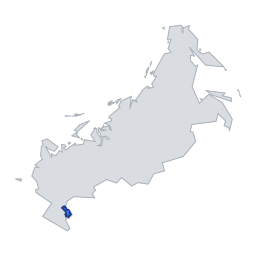 Astrakhan' highlighted on a map of Russia
{"feature_id": "RUS-2388", "entity_name": "Astrakhan'", "entity_type": "Region", "adm_level": 1, "iso_a3": "RUS", "parent_name": "Russia", "parent_adm1": "", "projection": "albers", "projection_center": [47.293, 47.158], "detail": "fine", "context": "in_parent", "style": "filled", "palette": "blue", "viewbox_px": 256, "rotation_deg": 0, "n_neighbors": 0, "source": "natural_earth", "source_scale": "10m", "svg_char_len": 5981}
<svg xmlns="http://www.w3.org/2000/svg" viewBox="0 0 256 256"><path d="M232.3,119.2L229.5,130.2L228.6,127.5L224.1,125.8L225.6,121.0L218.1,113.5L216.0,121.4L192.0,124.5L190.1,131.5L192.9,132.1L195.7,141.5L183.2,156.5L162.3,162.9L164.5,170.9L153.9,173.8L148.1,184.1L137.8,182.6L131.8,186.1L121.5,177.7L116.5,183.0L106.6,179.6L93.3,187.1L95.6,190.0L92.2,194.1L94.7,197.8L73.8,196.7L67.1,201.3L65.4,207.6L71.2,214.4L65.5,220.0L69.9,228.8L67.3,230.8L42.6,216.5L51.7,203.1L36.0,192.6L35.6,189.5L38.7,188.8L36.7,181.4L31.8,176.1L34.8,167.3L38.4,167.5L34.9,164.9L42.4,159.0L40.6,156.1L41.4,146.6L43.2,144.7L41.9,140.8L47.1,138.9L58.1,146.9L54.4,151.3L48.7,149.1L46.8,147.2L45.5,146.7L51.8,157.8L51.5,153.7L55.6,155.9L59.6,150.5L62.2,152.1L61.5,144.3L64.9,145.0L66.0,146.8L63.5,148.0L65.7,149.9L75.4,143.2L74.9,145.3L83.5,144.1L84.4,139.6L95.1,141.5L90.8,134.8L95.2,128.5L96.8,128.6L96.8,132.0L101.5,139.1L100.5,144.9L97.0,145.7L101.6,145.9L103.1,137.4L104.6,136.5L106.8,139.3L109.2,138.9L106.2,136.1L101.1,137.1L100.5,133.3L98.2,131.6L99.0,127.5L101.5,130.9L104.8,130.5L105.6,130.2L101.2,129.2L103.5,126.9L109.4,126.1L109.6,129.4L111.3,130.1L109.9,126.0L104.6,123.1L111.5,120.9L111.6,118.9L108.8,118.0L109.4,116.3L120.1,107.3L118.5,106.6L121.0,101.0L131.3,96.3L129.8,108.8L131.9,102.4L134.3,100.2L136.4,102.0L136.9,102.1L137.2,101.8L135.7,99.9L142.8,89.9L147.0,86.2L149.4,87.3L147.7,88.5L153.6,87.2L151.7,83.9L156.6,76.2L154.1,76.3L153.5,73.9L164.1,54.1L171.1,52.2L168.1,48.8L171.0,39.2L167.4,39.3L169.7,26.7L181.0,25.2L182.7,27.2L181.5,29.8L182.9,33.2L183.4,27.6L189.5,25.6L188.4,29.0L197.6,39.4L197.0,50.4L202.8,54.0L208.9,52.1L224.0,66.9L205.6,65.1L189.5,47.2L194.5,56.1L190.6,55.4L190.5,60.6L195.3,66.1L197.6,65.1L192.1,86.8L199.4,103.2L208.7,94.4L222.3,102.5L232.3,119.2ZM89.7,120.6L77.8,131.3L74.3,130.5L79.5,124.8L89.7,120.6ZM206.3,90.6L225.1,93.1L222.3,95.7L231.2,97.8L231.4,101.4L211.9,95.0L206.3,90.6ZM71.9,135.8L77.6,131.6L76.6,135.0L79.8,137.9L71.9,135.8ZM146.2,75.7L146.4,70.3L149.1,66.8L146.2,75.7ZM110.9,103.0L116.2,101.7L110.0,105.0L110.9,103.0ZM108.7,102.5L112.6,100.4L107.8,104.5L108.7,102.5ZM117.0,100.1L120.8,98.7L116.8,103.6L117.0,100.1ZM150.2,66.2L150.4,63.6L151.7,61.2L150.2,66.2ZM15.4,178.9L21.3,178.9L20.9,181.2L15.4,178.9ZM68.5,116.1L71.1,115.7L66.2,116.5L68.5,116.1ZM151.3,72.7L153.8,70.6L151.7,74.6L151.3,72.7ZM70.7,142.9L69.0,144.3L68.1,143.4L69.0,142.1L70.7,142.9ZM73.3,115.3L75.6,114.8L76.8,115.0L73.3,115.3ZM81.1,114.2L80.2,115.1L78.4,115.1L78.8,114.6L81.1,114.2ZM83.4,113.8L81.5,114.1L84.2,113.4L83.4,113.8ZM81.7,138.4L82.9,140.3L81.1,139.0L81.7,138.4ZM110.2,103.9L109.0,105.2L107.8,105.3L110.2,103.9ZM74.6,114.3L77.5,113.8L76.5,114.4L74.6,114.3ZM164.2,27.4L164.1,29.1L162.7,27.6L164.2,27.4ZM66.3,115.7L68.1,115.9L64.5,115.9L66.3,115.7ZM95.1,127.8L93.2,128.7L95.1,127.7L95.1,127.8ZM132.4,100.0L133.8,100.1L132.3,100.8L132.4,100.0ZM168.1,40.7L168.6,42.1L168.1,42.8L168.1,40.7ZM77.6,115.7L76.3,115.6L78.5,115.5L77.6,115.7ZM77.1,114.4L78.0,114.7L76.3,114.6L77.1,114.4ZM237.2,89.5L238.3,90.4L239.6,92.6L237.2,89.5ZM75.3,115.9L76.3,116.3L75.1,116.4L75.3,115.9ZM103.3,126.7L102.1,127.8L101.8,127.8L103.3,126.7ZM200.7,49.2L200.1,50.6L199.6,49.2L200.7,49.2ZM150.3,72.5L150.9,73.4L150.2,73.5L150.3,72.5ZM200.3,98.7L201.9,99.2L201.2,99.9L200.3,98.7ZM224.4,68.3L226.4,70.1L225.6,70.4L224.4,68.3ZM73.2,116.3L72.0,116.5L71.6,116.4L73.2,116.3ZM103.5,124.9L103.6,125.8L103.2,125.7L103.5,124.9ZM145.3,76.2L145.4,77.1L144.5,76.4L145.3,76.2ZM240.2,96.3L239.3,93.3L240.6,96.5L240.2,96.3Z" fill="#d9dde1" stroke="#a8b0b8" stroke-width="1"/><path d="M65.4,206.7L65.0,207.6L66.1,208.0L66.3,208.0L66.3,208.3L66.4,208.5L66.5,208.6L66.5,208.8L66.3,208.9L66.3,209.0L66.5,209.3L66.4,209.5L66.5,209.6L66.9,209.9L67.0,209.9L67.0,209.7L67.0,209.4L67.6,209.7L68.4,209.6L68.6,209.7L68.7,209.8L69.1,210.5L69.3,210.7L69.4,210.8L69.5,210.8L69.9,211.8L70.6,212.8L70.5,213.0L70.4,213.1L70.1,213.1L69.9,213.0L69.9,212.9L69.7,212.9L69.5,213.0L69.4,213.1L69.5,213.2L69.5,213.3L69.6,213.5L69.8,213.5L70.0,213.6L70.2,213.8L70.4,213.8L70.5,213.9L70.7,214.0L71.1,214.3L71.3,214.4L71.3,214.5L71.2,214.5L71.0,214.4L70.9,214.3L71.0,214.3L70.9,214.2L70.9,214.3L70.8,214.5L70.7,214.5L70.8,214.5L70.9,214.8L70.8,214.7L70.7,214.7L70.7,214.8L70.5,215.0L70.4,215.0L70.4,214.9L70.4,215.0L70.3,214.9L70.2,214.9L70.3,214.9L70.3,215.0L70.2,215.0L70.2,214.9L70.2,215.0L70.0,214.9L69.9,215.0L69.9,214.9L69.9,215.0L70.0,215.3L69.9,215.4L69.9,215.5L69.9,215.4L70.0,215.4L70.1,215.5L70.1,215.8L69.9,215.9L70.0,215.7L69.9,215.7L69.7,215.5L69.7,215.4L69.6,215.5L69.4,215.5L69.3,215.8L69.2,215.8L69.3,215.8L69.1,215.9L69.0,216.0L68.9,216.1L68.9,216.3L68.8,216.2L68.7,216.2L68.7,216.3L68.6,216.2L68.4,216.3L68.3,216.2L68.2,216.3L68.0,216.5L67.9,216.5L67.9,216.4L67.7,216.3L67.6,216.2L67.4,216.1L67.5,216.2L67.5,216.3L67.5,216.5L67.6,216.8L67.5,216.6L67.3,216.5L67.3,216.4L67.2,216.4L67.3,216.3L67.2,216.2L67.1,216.3L67.2,216.5L67.3,216.5L67.4,216.8L67.3,216.7L67.2,216.7L67.2,216.8L67.3,216.8L67.2,216.8L67.2,216.7L67.0,216.4L66.9,216.4L66.8,216.5L66.7,216.5L66.0,216.7L65.9,216.7L66.2,215.5L66.3,215.4L66.5,215.1L66.3,215.0L65.8,215.1L65.8,214.8L65.9,214.6L65.0,214.5L65.0,214.4L65.2,214.1L65.4,214.0L65.5,213.9L66.0,214.0L66.0,213.9L66.0,213.7L66.1,213.4L66.5,213.2L66.6,212.9L66.5,212.7L66.4,212.6L66.2,212.6L66.0,212.3L66.0,212.2L65.9,212.2L65.7,212.1L65.6,211.9L65.4,211.6L65.3,211.3L65.2,211.2L65.1,210.9L65.1,210.7L65.7,210.3L65.5,210.1L65.4,210.1L64.9,210.6L64.7,210.7L64.2,210.5L63.9,210.1L63.8,209.8L63.7,209.8L63.6,209.6L63.4,209.4L63.4,209.2L63.4,208.9L63.1,208.9L62.7,208.6L62.5,208.4L62.4,208.3L62.2,208.2L61.8,208.0L61.8,207.9L61.9,207.7L62.0,207.6L62.2,207.4L62.3,207.4L62.5,207.4L62.6,207.5L62.6,207.4L62.6,207.2L62.4,207.2L62.5,207.0L62.8,207.0L63.0,207.0L63.2,206.9L63.3,206.8L63.5,206.7L63.8,206.3L63.9,206.2L64.0,206.1L64.7,206.2L64.7,206.3L65.0,206.4L65.4,206.7ZM68.4,216.9L68.4,217.1L68.2,216.9L68.2,216.6L68.3,216.5L68.4,216.8L68.4,216.9Z" fill="#3b82f6" stroke="#1e3a8a" stroke-width="1.5"/></svg>